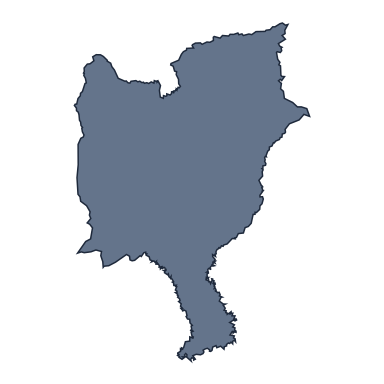 the district of Mwinilunga, North-Western, Zambia
{"feature_id": "96606910B26185337086625", "entity_name": "Mwinilunga", "entity_type": "district", "adm_level": 2, "iso_a3": "ZMB", "parent_name": "Zambia", "parent_adm1": "North-Western", "projection": "robinson", "projection_center": [24.888, -12.156], "detail": "fine", "context": "isolated", "style": "filled", "palette": "slate", "viewbox_px": 384, "rotation_deg": 0, "n_neighbors": 0, "source": "geoboundaries", "source_scale": "gbopen_adm2", "svg_char_len": 5927}
<svg xmlns="http://www.w3.org/2000/svg" viewBox="0 0 384 384"><path d="M92.7,56.8L93.9,60.8L90.0,63.8L87.3,64.1L84.1,68.0L84.3,71.5L83.5,73.1L84.3,73.5L83.8,75.4L85.4,78.3L86.3,82.9L85.0,83.5L82.4,91.6L80.5,93.3L80.3,95.8L78.0,98.5L76.7,104.1L75.2,104.2L74.4,105.5L76.4,108.0L76.5,110.7L78.2,112.1L79.0,114.7L79.5,120.3L80.6,122.0L81.0,125.5L82.5,127.5L81.8,128.2L82.4,131.8L84.0,135.0L83.3,137.0L80.8,138.3L78.1,144.4L78.2,164.8L77.0,177.7L78.0,194.3L80.0,196.8L80.7,201.3L86.6,205.7L90.1,211.8L89.4,215.1L90.8,218.5L87.2,222.9L89.7,224.2L92.5,227.9L90.6,238.9L85.7,241.5L77.6,253.1L81.3,251.9L84.2,252.7L91.0,251.8L95.9,250.0L101.5,251.5L100.8,255.7L102.8,261.7L103.2,267.3L104.1,266.2L108.8,265.7L115.5,262.2L126.5,254.5L129.5,256.2L130.0,259.9L132.1,260.8L134.7,260.3L140.1,255.7L141.3,256.5L143.9,252.7L145.7,252.2L145.8,253.9L146.8,253.9L146.2,255.2L149.2,256.8L150.0,259.9L152.3,260.8L151.6,261.8L153.9,260.9L155.1,262.4L156.4,261.3L155.9,264.1L157.4,264.2L157.6,263.3L159.3,265.6L159.1,267.1L162.1,266.6L161.9,267.5L161.1,267.0L160.3,267.8L160.4,268.9L161.4,267.9L162.6,268.5L163.9,267.3L164.7,267.6L165.3,269.4L166.0,269.4L165.9,270.4L163.7,270.5L165.0,271.3L164.5,272.7L167.6,274.8L168.3,273.9L168.9,276.7L170.1,277.8L171.0,276.5L170.8,278.8L171.9,278.9L173.5,281.5L172.4,282.1L173.5,282.7L173.8,285.4L176.3,285.2L175.6,286.4L176.7,286.7L175.4,290.0L176.9,291.1L177.0,292.4L175.5,292.6L177.6,294.2L177.3,295.1L178.3,296.0L177.6,297.2L179.5,298.7L180.0,300.7L178.6,301.5L181.2,303.8L180.5,306.2L182.4,308.2L180.9,308.4L182.8,310.5L182.4,311.4L183.9,310.0L186.0,311.1L187.0,315.7L186.1,316.5L187.5,319.0L189.7,319.3L190.0,322.9L192.3,325.4L191.1,326.1L191.7,329.1L190.7,330.4L191.6,331.0L191.6,330.0L193.1,331.2L191.1,332.2L192.0,336.1L193.3,337.0L192.9,338.1L189.8,336.9L189.7,341.1L185.4,341.7L183.7,347.4L182.7,348.5L181.4,347.8L181.1,349.4L181.7,349.6L181.2,349.8L180.5,349.2L180.5,351.4L177.8,352.9L177.7,353.8L178.9,354.4L177.6,355.5L179.4,356.4L179.0,357.3L182.0,359.3L183.9,357.9L182.7,356.9L185.8,356.9L184.5,355.0L185.7,353.5L186.9,354.6L186.8,357.2L191.1,361.0L190.6,359.5L191.9,357.7L193.6,358.5L193.7,360.0L195.3,359.2L192.8,355.7L196.2,354.3L200.5,354.8L203.0,353.6L203.9,352.0L203.1,350.2L205.3,348.9L207.4,348.3L209.6,349.8L209.5,351.2L210.7,351.4L212.0,350.4L212.7,347.1L216.0,345.6L216.8,347.7L220.7,346.2L224.0,349.2L224.3,346.7L226.6,345.9L226.5,344.5L228.4,343.0L229.7,343.5L231.0,342.1L232.7,343.8L232.7,341.3L234.3,340.3L235.5,341.7L235.1,338.8L233.5,337.9L234.3,335.9L230.0,335.0L232.3,331.4L233.3,331.5L233.2,333.0L234.6,331.8L236.0,332.3L236.0,331.1L234.6,330.1L235.0,327.9L232.7,327.0L234.4,324.8L229.7,322.5L233.4,320.1L235.0,320.9L236.6,320.0L236.1,318.9L233.8,319.1L235.0,315.9L232.0,315.8L232.8,313.2L231.2,313.4L231.1,311.7L229.8,312.7L229.8,314.0L228.4,313.4L227.2,314.3L227.0,312.9L225.8,312.6L226.2,310.8L224.1,310.3L225.2,308.2L223.2,305.2L225.4,304.1L223.3,304.0L219.3,301.1L221.0,297.3L222.1,297.1L219.4,295.9L220.1,294.7L219.2,292.3L217.5,292.6L215.9,290.9L214.9,291.4L216.1,290.1L215.3,288.3L214.2,288.6L214.9,286.8L214.0,286.0L215.3,284.1L214.9,283.0L213.7,284.1L213.0,283.5L214.1,280.9L212.8,280.5L212.7,279.0L211.7,278.8L212.1,280.3L210.6,283.6L209.9,281.6L208.9,281.8L208.5,279.5L207.9,280.6L206.0,279.8L206.3,277.7L207.1,278.5L208.4,277.5L207.4,277.5L207.1,275.7L207.1,273.8L208.4,273.1L208.3,272.2L206.8,272.1L208.0,271.3L207.7,269.7L208.6,268.5L211.1,269.5L209.8,268.0L212.0,265.2L212.8,266.1L214.5,265.7L212.2,264.5L213.4,263.1L212.5,261.7L214.9,263.0L214.3,261.8L215.5,261.0L214.4,260.7L215.1,259.4L212.7,256.6L212.6,254.6L215.5,256.4L214.9,254.3L216.2,253.8L215.9,251.8L217.0,249.5L218.7,248.6L219.0,247.0L219.3,248.1L220.4,247.9L221.4,245.8L223.1,246.3L223.8,244.9L227.1,244.0L232.3,238.5L235.1,238.8L234.7,237.9L236.4,237.5L238.3,233.6L243.4,233.0L245.1,227.6L248.3,226.5L251.2,223.3L253.1,214.4L255.0,214.3L255.1,212.3L256.4,212.6L259.7,209.4L260.0,205.8L262.0,203.8L263.3,199.0L262.5,196.7L260.0,196.9L259.9,195.3L263.1,190.8L262.3,190.9L262.7,189.7L261.8,187.6L262.7,186.9L261.8,185.9L262.4,185.9L261.4,185.5L258.9,180.3L262.6,176.1L262.2,171.8L263.1,169.8L262.0,168.6L262.9,168.4L262.9,165.9L265.5,165.3L265.9,163.7L264.6,161.2L265.2,159.9L264.6,157.7L265.2,156.6L266.4,156.8L266.0,155.9L267.7,151.2L269.3,149.8L269.4,147.0L272.0,146.0L273.4,142.7L274.2,143.0L275.8,141.0L279.4,139.5L280.2,137.6L281.9,137.2L282.3,134.0L284.7,133.3L285.5,132.1L285.1,129.4L289.4,123.8L299.2,119.9L303.9,114.4L309.6,116.4L306.8,108.6L301.4,106.9L297.4,106.9L292.8,102.6L284.4,98.4L283.4,91.3L280.6,88.8L281.4,83.4L278.5,80.8L280.2,79.3L281.7,80.6L284.5,76.6L281.8,76.4L280.9,75.3L280.5,65.8L278.8,64.8L279.9,62.3L277.7,59.3L276.5,52.4L277.2,51.7L280.3,52.5L281.7,50.7L281.1,47.9L282.0,47.3L279.7,46.1L278.4,43.6L285.4,39.2L282.1,35.5L285.1,33.6L284.8,30.3L287.9,24.5L285.5,25.2L282.4,23.0L280.0,23.7L275.0,26.8L272.7,26.8L270.1,29.7L266.1,30.2L265.1,31.4L256.0,31.6L251.8,34.6L248.9,34.0L243.3,35.5L242.0,33.9L238.8,34.7L237.9,33.0L233.7,34.4L230.1,34.3L228.7,36.0L222.5,35.5L220.1,38.1L214.2,36.5L213.3,37.3L213.4,40.5L209.9,42.3L206.9,42.0L202.1,44.3L200.4,42.9L195.4,43.1L192.5,44.7L192.1,45.6L193.6,48.0L186.7,48.4L186.5,50.1L183.4,51.7L181.4,54.3L178.7,60.2L171.0,63.5L170.7,65.0L173.2,66.2L174.6,71.1L176.6,71.7L176.2,74.6L178.5,79.2L178.7,83.8L180.4,86.3L179.3,87.7L178.1,87.3L177.3,89.2L176.4,88.7L176.7,90.3L175.7,89.8L175.3,90.8L173.6,91.0L173.9,93.2L172.9,91.7L171.6,91.8L171.5,93.6L170.1,95.0L166.8,93.9L166.9,95.7L165.7,96.3L163.5,95.6L163.3,98.3L160.3,97.1L159.4,90.3L160.5,85.6L158.3,81.4L157.2,82.1L157.5,80.8L156.0,81.3L154.3,80.6L153.9,83.1L151.2,81.9L148.8,83.5L146.8,82.7L144.4,83.3L143.5,82.2L141.9,82.6L139.8,81.2L137.8,81.8L135.9,80.6L131.0,81.3L129.9,83.1L128.0,82.8L126.1,80.9L125.1,81.3L118.2,78.3L114.4,70.0L111.8,66.6L110.7,63.2L107.2,61.2L107.3,60.3L103.4,56.5L100.5,54.8L96.2,54.7L92.7,56.8Z" fill="#64748b" stroke="#1e293b" stroke-width="1.5"/></svg>